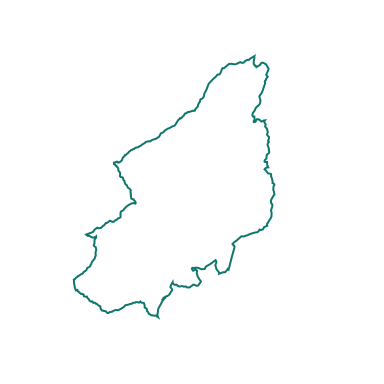 Cajamarca, Cajamarca, Peru, rotated 32°
{"feature_id": "86281439B40930956450013", "entity_name": "Cajamarca", "entity_type": "district", "adm_level": 2, "iso_a3": "PER", "parent_name": "Peru", "parent_adm1": "Cajamarca", "projection": "equal_earth", "projection_center": [-78.506, -7.178], "detail": "fine", "context": "isolated", "style": "outline", "palette": "teal", "viewbox_px": 384, "rotation_deg": 32, "n_neighbors": 0, "source": "geoboundaries", "source_scale": "gbopen_adm2", "svg_char_len": 6081}
<svg xmlns="http://www.w3.org/2000/svg" viewBox="0 0 384 384"><g transform="rotate(32 192 192)"><path d="M246.4,268.6L246.8,267.6L247.1,263.3L246.6,262.9L244.0,261.9L241.4,260.5L239.0,258.3L238.1,256.2L237.5,255.9L236.1,256.0L235.8,256.2L235.1,257.7L234.5,258.2L232.6,257.2L232.4,256.6L232.9,255.9L234.1,255.3L234.7,254.6L235.9,253.8L237.7,253.0L240.7,252.6L243.4,250.8L243.6,250.4L243.6,249.8L243.2,248.8L243.5,247.4L245.5,243.8L248.1,237.3L249.1,237.8L250.0,238.9L250.6,241.8L251.7,242.6L253.3,244.3L257.7,246.0L258.3,247.0L260.8,243.7L262.6,242.5L263.2,239.4L263.0,238.4L264.2,238.5L260.1,225.7L257.5,216.8L256.7,215.4L256.2,215.2L255.4,215.4L254.4,214.5L254.0,214.5L254.2,214.0L254.2,212.7L255.6,209.3L257.4,203.3L259.6,202.2L260.8,200.5L262.0,199.2L263.5,196.8L266.8,193.1L268.8,191.4L269.2,190.0L269.2,188.1L270.5,187.8L272.0,186.0L271.7,183.7L273.7,180.8L272.8,180.0L272.6,179.4L272.6,171.9L272.3,170.5L270.5,167.4L268.7,165.7L267.8,161.8L267.3,160.9L266.6,160.0L264.7,159.2L263.6,157.6L263.3,156.8L263.0,152.3L263.3,150.5L261.6,148.6L259.7,147.0L258.2,144.1L258.1,142.4L257.9,142.0L257.0,141.6L255.6,141.8L254.8,140.4L252.9,138.4L250.6,136.7L250.2,135.7L249.4,134.9L246.4,135.9L242.8,134.5L241.5,134.3L241.6,133.4L242.4,131.6L243.6,130.7L241.5,129.3L239.7,126.7L238.2,127.8L237.5,127.9L237.2,127.5L236.9,126.3L237.4,124.2L235.7,120.9L236.6,118.3L236.3,117.0L235.1,116.0L234.3,114.6L231.0,111.9L230.5,110.4L230.7,108.9L230.4,108.5L229.4,108.4L229.0,106.2L228.1,104.5L226.5,104.2L225.2,103.6L224.5,100.9L222.9,99.5L222.2,98.7L219.2,97.7L218.8,95.8L216.3,94.4L215.8,93.4L215.9,92.6L214.9,93.4L214.2,94.7L213.5,95.5L210.7,94.9L208.6,95.7L208.4,96.0L208.6,98.8L207.5,99.9L207.0,99.7L206.6,97.3L204.9,95.0L204.0,95.7L202.7,95.2L201.7,92.9L202.0,90.4L201.6,87.0L201.8,85.4L202.5,83.5L202.8,81.7L202.5,80.3L201.5,78.1L198.4,75.2L198.6,70.5L196.5,61.5L196.2,60.7L195.3,59.9L195.0,59.1L195.3,57.6L194.9,57.0L195.1,54.0L193.4,53.7L192.8,53.0L192.2,49.1L191.7,46.9L187.2,44.5L183.9,44.7L182.9,45.2L182.5,45.7L182.3,48.3L180.4,52.0L179.2,51.2L178.1,51.6L177.5,50.9L176.7,50.8L176.1,50.2L175.0,48.3L174.1,45.6L173.4,44.6L173.1,44.6L172.9,43.8L170.5,48.5L170.2,49.9L168.8,50.8L168.1,51.9L167.5,53.1L167.5,54.3L167.0,55.2L166.5,55.7L165.3,56.2L164.0,56.3L162.0,59.6L160.6,61.1L157.3,62.5L155.5,63.8L153.7,69.5L153.2,70.4L152.3,70.7L152.3,72.4L152.8,74.2L153.1,76.1L153.0,77.8L151.7,78.7L151.3,79.3L151.2,81.3L150.0,85.1L148.8,91.5L150.0,97.4L150.4,102.2L151.5,105.1L151.2,107.4L150.3,108.6L150.1,109.3L150.9,111.5L150.7,112.4L151.0,115.1L151.6,116.6L150.9,120.1L151.3,121.5L150.7,122.2L149.9,122.4L147.1,125.7L145.9,126.6L145.7,127.8L145.1,128.6L144.6,128.9L144.4,130.0L144.6,131.5L144.1,132.8L143.9,134.4L143.5,135.6L142.7,135.7L142.8,136.8L142.2,137.9L142.2,143.7L142.0,145.0L140.6,146.8L138.7,150.2L138.0,150.9L136.6,153.8L135.8,157.0L134.5,158.8L134.8,162.6L134.6,163.2L134.0,164.0L133.8,164.9L133.2,166.0L130.7,168.8L129.7,171.2L129.1,171.7L128.4,171.9L126.2,174.1L126.1,175.3L124.6,178.1L124.1,179.8L123.3,180.8L122.7,182.5L120.6,184.4L120.4,185.4L120.0,186.3L119.2,187.0L118.8,188.3L118.3,188.6L117.9,189.3L117.7,190.4L117.2,191.4L117.1,193.1L116.7,193.7L116.1,196.0L115.6,196.2L115.7,197.7L115.1,199.6L115.7,201.8L115.3,204.2L114.8,204.7L114.7,205.4L114.4,205.8L113.8,205.8L113.4,206.3L112.2,206.0L111.1,207.8L110.3,208.3L111.1,209.7L112.5,209.5L113.3,210.2L114.1,209.8L115.3,210.6L116.1,210.6L117.0,211.2L118.4,213.0L120.4,213.5L121.4,214.5L122.4,216.6L123.1,217.0L123.5,217.1L125.6,216.4L126.4,216.9L126.9,217.7L127.7,218.2L128.7,218.3L129.8,219.5L131.5,220.7L133.2,220.8L135.0,222.2L137.1,222.3L139.0,222.8L139.3,223.1L139.8,224.7L140.9,225.6L141.0,226.2L141.9,226.9L142.7,228.4L143.8,229.6L144.2,229.8L146.5,229.2L146.9,229.7L148.8,230.1L150.1,231.1L150.2,231.5L150.0,232.0L148.8,232.0L146.5,234.1L145.1,236.8L144.1,239.3L143.4,242.5L143.5,243.8L142.4,245.6L142.1,246.8L143.7,249.7L144.4,250.4L144.7,251.3L144.2,252.6L143.2,253.6L142.8,255.5L141.9,256.6L141.4,258.7L140.5,259.4L137.5,259.9L136.3,263.3L135.4,263.9L135.1,266.8L134.4,268.1L134.1,269.7L133.8,270.7L131.8,272.4L130.5,272.5L129.4,275.3L129.2,278.4L124.8,284.2L127.0,284.4L128.0,283.6L131.5,283.5L133.1,282.5L133.9,281.2L134.2,280.4L134.9,281.5L134.6,284.0L136.7,287.7L136.8,289.1L137.6,289.7L139.4,289.8L140.3,290.4L141.6,292.1L142.0,293.8L143.0,295.6L144.1,296.9L144.2,298.4L144.7,299.7L144.2,304.5L144.8,306.8L144.6,307.4L144.9,308.3L144.8,309.8L143.4,311.9L143.8,313.9L143.6,314.8L142.4,317.7L142.5,318.9L142.2,319.7L141.2,321.1L140.4,323.3L139.9,323.7L139.9,324.5L139.1,326.0L138.9,327.6L138.2,328.9L140.9,332.6L141.7,333.2L142.9,334.8L145.6,337.0L146.7,335.8L147.8,336.7L149.4,336.7L150.0,337.1L150.7,337.0L151.7,337.3L152.2,337.2L152.7,336.6L153.6,336.7L154.3,336.3L155.6,337.7L157.2,337.2L158.2,336.4L159.0,336.8L159.4,337.3L161.1,337.5L162.8,338.5L163.8,338.6L164.7,338.3L165.0,337.8L165.5,338.0L166.0,337.7L167.2,338.3L168.0,337.5L169.0,337.4L169.7,337.7L170.4,337.3L172.5,337.8L174.7,337.5L176.5,339.5L178.1,340.1L178.6,340.2L179.2,339.8L180.7,339.5L181.2,339.0L182.8,339.0L184.3,339.5L185.4,338.7L185.9,337.3L186.4,337.2L187.2,336.2L187.8,335.8L188.1,334.7L189.1,333.3L190.4,332.1L191.8,331.6L193.5,329.0L194.5,326.9L195.3,325.0L195.4,323.7L195.8,323.0L197.5,321.5L198.9,319.6L200.0,318.9L200.8,317.1L202.2,316.2L202.8,315.1L204.2,314.3L205.7,313.9L206.3,312.2L207.0,312.6L208.1,312.5L209.9,311.6L212.0,313.3L212.9,314.9L213.6,315.1L215.3,314.9L216.5,316.2L216.7,316.7L218.4,317.1L220.1,318.2L220.8,318.0L222.4,318.2L225.7,316.8L227.0,315.7L228.1,316.2L229.5,316.2L228.4,315.5L227.6,314.0L225.6,309.7L225.2,308.2L224.9,302.0L224.6,301.1L224.9,297.6L224.5,297.8L224.9,296.9L224.4,297.1L224.7,296.2L224.3,296.2L225.5,294.0L226.3,293.2L226.8,291.9L227.2,290.2L227.0,289.0L227.2,285.7L226.8,285.1L224.1,284.1L223.9,283.8L223.5,282.1L223.4,278.8L224.0,279.6L226.1,280.0L226.8,279.8L227.7,278.9L228.6,278.8L229.3,279.2L231.7,278.7L233.2,277.1L235.3,276.6L236.7,275.4L238.2,275.6L240.1,274.5L240.5,274.2L242.1,270.1L242.6,269.6L245.5,269.1L246.4,268.6Z" fill="none" stroke="#0f766e" stroke-width="2"/></g></svg>